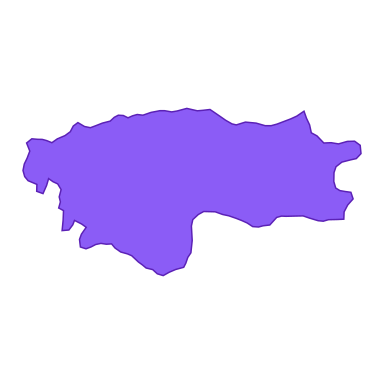 the district of Rianápolis, Goiás, Brazil
{"feature_id": "56859067B46542893543855", "entity_name": "Rianápolis", "entity_type": "district", "adm_level": 2, "iso_a3": "BRA", "parent_name": "Brazil", "parent_adm1": "Goiás", "projection": "albers", "projection_center": [-49.442, -15.481], "detail": "fine", "context": "isolated", "style": "filled", "palette": "violet", "viewbox_px": 384, "rotation_deg": 0, "n_neighbors": 0, "source": "geoboundaries", "source_scale": "gbopen_adm2", "svg_char_len": 1839}
<svg xmlns="http://www.w3.org/2000/svg" viewBox="0 0 384 384"><path d="M353.1,198.9L350.9,192.3L345.1,191.5L339.9,190.6L335.7,188.0L333.8,181.5L334.0,172.6L336.0,166.7L341.9,162.1L350.4,159.9L356.3,158.6L361.0,153.6L360.2,145.3L354.6,141.2L347.3,141.4L338.5,143.9L331.1,142.7L323.8,143.0L317.0,135.9L311.3,132.8L309.6,124.9L306.5,118.3L304.0,111.2L296.8,116.1L290.7,118.9L277.0,124.1L271.1,125.7L265.2,125.7L256.1,123.1L245.4,122.1L236.3,124.9L232.0,123.9L225.7,120.3L220.7,116.8L214.0,112.2L210.0,109.5L203.1,110.3L197.3,110.8L186.8,108.4L177.1,111.0L171.7,111.9L164.6,110.7L159.9,110.7L151.0,112.4L142.9,115.2L137.2,114.5L132.6,115.8L128.0,117.8L123.3,115.5L118.3,115.2L114.3,117.3L110.2,121.1L102.4,123.1L95.8,125.7L90.4,127.7L84.5,126.5L77.9,122.6L73.3,126.0L70.3,131.7L65.0,135.6L57.4,138.8L51.9,142.7L46.7,140.6L42.3,139.4L37.6,139.3L31.8,138.8L26.6,143.0L29.8,151.1L27.1,158.2L24.3,164.0L23.0,170.5L24.7,176.6L28.1,180.7L36.9,184.4L36.7,191.3L43.0,193.6L46.6,185.4L48.6,178.6L53.0,181.7L57.7,183.9L61.1,189.6L59.2,196.9L60.4,201.9L58.7,208.0L63.5,210.6L63.1,220.4L62.1,230.6L68.9,230.0L72.8,224.8L74.5,220.4L81.6,224.0L86.2,227.3L81.4,234.2L79.5,239.4L80.4,247.0L86.0,248.8L90.9,247.0L95.7,244.5L100.9,243.4L106.3,244.2L111.6,243.9L115.0,248.0L120.7,252.0L127.5,253.9L131.7,255.7L138.4,262.0L142.4,264.9L146.1,268.0L152.7,269.6L157.3,273.8L163.2,275.6L169.1,272.3L175.6,269.5L183.7,267.3L185.8,263.2L187.8,257.4L190.9,252.8L192.2,240.5L191.4,226.0L192.8,219.6L198.3,214.5L203.7,211.5L215.2,211.8L222.7,214.5L228.8,215.8L236.3,218.4L241.9,220.6L247.2,223.0L252.7,226.6L258.6,227.0L263.0,225.8L269.8,225.0L276.7,217.4L281.5,216.1L286.0,216.3L293.8,216.1L303.1,215.9L309.8,218.2L318.1,220.7L323.3,221.2L328.4,219.7L337.0,219.5L343.8,219.2L344.1,211.9L347.7,205.0L353.1,198.9Z" fill="#8b5cf6" stroke="#5b21b6" stroke-width="1.5"/></svg>